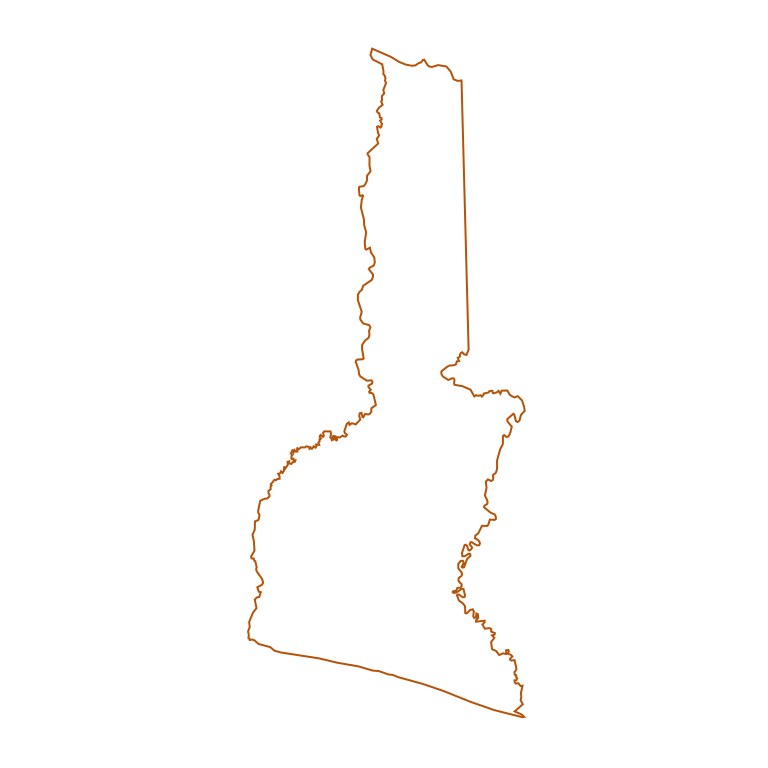 outline of Esparta, Atlántida, Honduras, rotated 179°
{"feature_id": "27666195B38540325718950", "entity_name": "Esparta", "entity_type": "district", "adm_level": 2, "iso_a3": "HND", "parent_name": "Honduras", "parent_adm1": "Atlántida", "projection": "natural_earth1", "projection_center": [-87.238, 15.629], "detail": "fine", "context": "isolated", "style": "outline", "palette": "amber", "viewbox_px": 768, "rotation_deg": 179, "n_neighbors": 0, "source": "geoboundaries", "source_scale": "gbopen_adm2", "svg_char_len": 6135}
<svg xmlns="http://www.w3.org/2000/svg" viewBox="0 0 768 768"><g transform="rotate(179 384 384)"><path d="M390.0,719.5L391.8,713.1L389.6,708.7L380.2,703.7L379.0,696.1L379.3,694.0L378.0,692.5L377.2,689.7L377.7,687.2L376.7,684.8L379.6,678.0L378.6,674.7L381.1,672.0L381.0,668.0L381.9,666.5L380.5,663.2L384.1,660.4L386.4,657.2L385.7,655.6L384.1,654.7L383.4,650.6L381.9,650.1L381.8,648.4L383.3,647.5L381.4,644.0L382.1,643.1L381.9,641.6L383.1,640.4L385.1,641.9L386.5,641.3L385.6,635.2L384.5,632.6L387.0,629.1L385.6,624.6L396.3,615.1L396.4,613.9L394.5,611.1L394.7,602.4L393.7,597.0L397.3,592.5L397.4,587.9L399.3,583.9L401.1,582.1L405.2,581.7L405.7,580.2L405.2,573.0L404.4,572.4L402.2,573.1L401.6,572.4L403.0,568.8L404.0,560.8L401.2,549.0L401.0,543.0L399.2,535.9L400.8,526.2L400.3,519.4L399.4,518.7L395.7,520.5L394.8,515.8L391.5,510.7L391.1,505.7L392.1,502.7L396.3,500.5L397.2,499.2L393.1,493.6L393.1,491.5L394.4,488.3L403.2,482.5L404.4,478.7L406.8,476.6L408.6,473.7L408.6,468.1L405.0,456.6L406.7,450.8L406.4,448.6L403.6,444.8L397.7,443.1L396.6,440.8L398.0,437.6L397.7,433.4L398.6,430.5L402.4,427.6L405.2,423.3L405.3,419.3L403.9,409.8L404.9,409.1L410.2,408.9L411.5,408.0L411.9,406.6L409.3,399.2L408.7,394.1L407.5,391.9L401.0,387.6L396.7,387.9L395.6,386.9L395.8,384.7L399.6,382.6L399.5,381.0L397.3,378.5L399.0,376.5L398.6,375.4L396.2,375.1L394.7,373.5L392.5,363.1L397.1,359.9L397.2,356.5L398.5,354.6L400.2,353.8L403.6,354.3L405.2,351.1L406.1,351.3L407.0,355.5L408.8,355.2L409.3,352.5L408.4,348.8L413.0,344.1L416.8,345.4L419.2,343.7L419.9,346.2L421.9,344.8L424.5,337.4L423.8,335.4L421.9,334.0L423.0,332.3L424.5,332.1L426.3,333.1L429.1,331.3L431.9,331.7L432.4,331.0L431.9,328.9L432.5,328.4L434.5,329.9L433.7,332.6L435.5,333.0L436.2,332.3L436.1,329.1L437.1,328.7L437.6,330.5L438.7,331.6L437.8,335.0L438.3,337.5L444.4,337.7L445.8,336.4L445.1,333.6L445.5,332.4L446.4,332.3L448.2,334.2L449.1,333.1L449.2,331.7L448.0,330.5L449.5,329.4L449.4,327.7L450.7,326.5L449.9,324.3L453.0,324.7L452.6,323.2L453.5,321.6L455.3,323.0L456.9,320.6L457.8,320.5L458.5,321.9L459.7,320.7L460.3,322.5L462.7,323.0L464.2,322.0L468.2,322.1L470.2,320.3L471.7,321.4L472.1,320.4L471.7,318.0L473.4,317.9L474.6,319.5L475.7,317.0L476.0,319.3L476.7,319.4L478.3,316.4L477.3,314.5L478.0,311.6L477.6,310.7L475.9,310.9L475.7,309.3L473.9,309.3L474.5,307.8L476.8,307.3L478.0,305.7L480.6,306.3L480.2,308.3L481.7,307.9L481.7,304.6L484.3,301.1L484.7,302.5L485.4,302.5L485.5,299.0L486.9,296.9L488.4,298.5L489.2,296.6L491.4,296.1L490.1,293.8L490.0,291.1L492.6,290.8L493.7,289.7L495.2,290.1L499.0,285.6L498.2,284.5L499.2,283.5L499.2,280.7L501.4,279.1L501.4,276.7L500.4,275.1L500.5,273.5L502.9,271.5L505.3,271.4L509.8,269.4L512.0,259.6L512.0,257.7L510.8,255.4L511.5,251.4L512.2,250.1L515.4,248.9L515.8,240.6L518.1,235.5L516.8,228.8L516.4,219.6L520.0,213.6L519.4,211.9L517.2,211.7L516.8,209.5L515.8,209.1L514.5,202.8L515.1,201.2L514.5,198.8L509.3,191.2L508.3,187.4L509.6,185.3L514.2,183.0L512.8,178.5L510.8,178.0L512.5,173.2L514.8,172.8L517.0,170.7L515.4,162.1L519.0,157.7L523.0,148.3L522.5,143.4L524.2,139.0L523.6,135.9L523.9,132.1L522.8,131.7L522.7,130.4L520.1,130.8L518.0,130.0L513.9,126.2L502.3,122.9L498.2,119.3L492.0,117.4L453.7,110.8L435.4,106.1L414.5,102.1L400.0,97.6L394.3,97.1L384.5,93.5L380.5,93.0L374.4,90.5L350.6,83.5L330.4,76.2L302.5,64.5L279.7,56.1L251.7,48.5L249.7,48.8L252.0,51.1L259.1,54.4L250.8,61.4L252.9,65.4L252.1,69.3L252.6,72.1L250.8,79.9L252.7,79.6L255.0,82.5L257.5,82.2L258.4,83.3L258.7,85.4L256.8,85.5L256.0,87.5L257.0,88.7L256.8,90.5L258.3,91.0L258.6,93.7L256.8,95.8L256.6,97.5L258.3,105.6L261.6,105.3L262.8,106.2L262.7,107.2L260.4,109.4L261.8,110.9L264.5,112.2L263.9,115.0L264.4,115.9L266.6,115.6L266.3,111.9L269.7,112.6L273.6,111.0L276.6,115.1L280.6,117.0L281.4,124.2L278.1,128.3L280.4,130.8L277.7,131.6L277.5,133.0L281.2,134.6L281.0,137.1L282.8,138.1L287.4,137.6L289.8,141.8L287.6,144.0L287.5,145.6L296.1,144.7L296.2,146.0L293.9,148.4L294.2,152.3L295.6,152.9L296.0,149.0L298.0,148.6L298.8,150.3L298.2,155.1L299.3,157.2L301.7,156.5L305.3,153.2L306.7,153.5L306.9,160.4L308.9,163.2L312.8,166.1L314.7,171.3L314.3,172.2L312.9,172.2L309.0,169.4L307.2,169.6L306.7,171.1L308.1,177.7L310.0,177.7L315.2,174.3L318.0,173.9L319.0,174.8L318.4,175.6L315.5,176.0L314.2,178.8L311.0,179.1L309.8,180.8L309.9,182.4L312.6,185.3L313.0,186.5L312.6,188.8L309.8,190.8L309.2,192.5L309.7,194.2L312.9,198.3L312.9,202.8L310.4,205.8L308.2,205.9L307.5,203.6L309.5,199.8L308.8,199.1L307.2,199.3L304.0,207.5L300.5,210.7L300.8,212.4L302.1,212.9L306.1,210.5L308.6,210.4L309.0,213.6L306.2,221.6L305.3,221.9L303.7,220.7L302.7,216.8L301.7,216.0L300.0,216.9L298.7,218.9L301.1,222.2L300.2,224.3L298.9,224.3L294.0,221.0L291.6,221.2L290.9,222.7L291.2,224.3L292.5,226.3L295.7,228.1L295.4,230.7L292.4,233.0L288.5,240.5L283.3,240.3L282.2,241.5L280.5,246.6L275.8,246.2L274.5,247.0L274.5,249.3L275.5,251.6L279.7,253.5L286.2,259.1L285.7,260.6L283.0,262.2L282.5,263.7L282.9,266.1L285.1,270.8L283.3,278.5L283.9,284.6L281.7,286.8L278.6,285.1L276.9,286.1L276.4,287.5L276.7,291.0L274.0,293.0L273.1,294.8L272.4,297.7L272.3,305.6L269.0,316.7L266.2,321.9L266.0,329.9L264.7,330.9L262.7,329.0L261.1,329.1L259.8,330.4L258.5,333.4L257.0,339.2L261.2,344.3L261.4,346.7L255.1,352.0L254.2,351.0L252.8,344.6L251.1,343.7L249.2,345.0L247.6,350.7L243.8,354.7L244.4,359.1L246.3,365.2L250.5,369.5L254.0,368.3L256.2,369.5L258.5,371.1L260.9,375.3L266.5,375.3L267.8,372.2L269.6,375.1L271.7,373.5L274.8,372.8L275.5,373.2L275.7,375.2L276.8,375.4L279.0,374.8L279.5,373.7L284.5,372.7L284.6,371.6L286.4,369.7L287.6,371.1L290.0,370.5L292.1,371.2L293.9,370.0L297.6,376.8L305.7,380.5L313.4,381.9L313.9,383.1L313.5,387.0L314.2,388.4L315.8,388.5L319.6,386.9L325.1,390.5L326.5,393.3L326.4,395.6L320.9,399.9L318.3,401.3L314.1,401.5L311.8,402.3L310.8,405.3L308.5,405.6L309.8,408.8L307.7,410.0L307.6,412.0L306.5,413.8L305.2,414.4L303.6,412.4L301.0,411.6L298.8,416.9L301.2,686.1L305.1,685.8L309.0,687.4L311.8,695.1L316.1,700.4L324.4,701.9L330.4,700.2L332.6,700.4L334.7,701.8L338.2,707.6L339.3,707.4L341.5,704.8L343.5,704.4L347.1,702.0L350.6,701.7L356.7,703.0L363.3,705.8L371.1,710.8L390.0,719.5Z" fill="none" stroke="#b45309" stroke-width="2"/></g></svg>